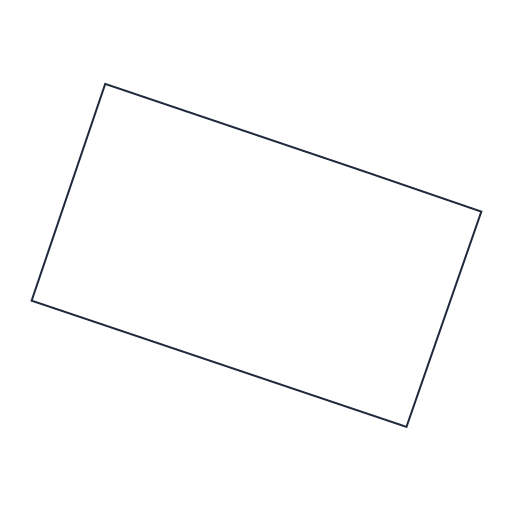 outline of Sutton, Texas, United States of America, rotated 199°
{"feature_id": "52423323B52490011896417", "entity_name": "Sutton", "entity_type": "district", "adm_level": 2, "iso_a3": "USA", "parent_name": "United States of America", "parent_adm1": "Texas", "projection": "albers", "projection_center": [-100.636, 30.499], "detail": "fine", "context": "isolated", "style": "outline", "palette": "slate", "viewbox_px": 512, "rotation_deg": 199, "n_neighbors": 0, "source": "geoboundaries", "source_scale": "gbopen_adm2", "svg_char_len": 235}
<svg xmlns="http://www.w3.org/2000/svg" viewBox="0 0 512 512"><g transform="rotate(199 256 256)"><path d="M58.1,143.4L57.4,371.3L179.9,371.2L454.6,369.6L453.6,140.7L58.1,143.4Z" fill="none" stroke="#1e293b" stroke-width="2"/></g></svg>